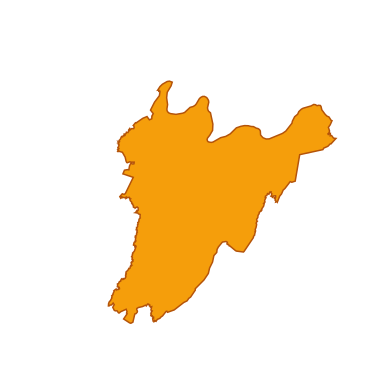 Nīkrāces pag., Skrundas, Latvia, rotated 304°
{"feature_id": "27541924B53930703162025", "entity_name": "Nīkrāces pag.", "entity_type": "district", "adm_level": 2, "iso_a3": "LVA", "parent_name": "Latvia", "parent_adm1": "Skrundas", "projection": "equal_earth", "projection_center": [21.891, 56.568], "detail": "fine", "context": "isolated", "style": "filled", "palette": "amber", "viewbox_px": 384, "rotation_deg": 304, "n_neighbors": 0, "source": "geoboundaries", "source_scale": "gbopen_adm2", "svg_char_len": 6043}
<svg xmlns="http://www.w3.org/2000/svg" viewBox="0 0 384 384"><g transform="rotate(304 192 192)"><path d="M52.9,185.2L50.8,186.4L51.2,187.0L52.4,187.3L53.4,188.5L55.8,188.7L55.1,190.5L52.1,190.8L50.4,193.8L50.7,195.1L51.6,196.2L50.7,198.7L51.0,199.3L52.8,199.8L58.0,203.0L56.4,205.1L55.0,205.4L54.8,206.3L48.5,206.3L48.6,213.4L49.0,214.7L51.0,215.8L58.9,212.8L59.9,213.6L61.7,213.8L62.7,213.4L63.5,212.0L64.5,211.4L66.2,212.1L69.4,215.1L72.1,216.7L72.0,217.8L74.9,217.8L74.1,218.2L74.8,218.8L74.5,219.4L74.7,219.9L74.0,220.0L73.7,220.5L74.0,221.3L73.4,221.9L74.4,222.7L71.3,223.9L70.9,224.7L71.1,225.5L69.4,225.4L68.9,226.0L67.9,226.0L67.7,226.7L66.5,227.0L66.5,227.9L67.1,228.3L66.8,229.1L66.3,229.3L66.6,230.2L65.8,230.2L65.7,230.6L65.0,230.2L63.2,232.0L63.6,232.7L64.5,232.9L64.3,233.2L64.7,233.6L64.2,233.6L64.7,233.9L64.7,234.5L67.0,234.5L69.3,236.0L71.1,236.2L72.8,236.9L78.5,237.3L79.1,237.8L78.6,239.0L84.3,243.2L95.9,247.0L99.0,248.8L102.0,248.8L104.1,249.6L112.5,249.6L113.6,248.8L125.7,251.1L133.6,251.1L138.8,249.1L145.4,248.2L151.5,245.7L155.7,246.3L158.4,244.9L161.1,244.6L167.5,245.2L170.0,247.9L170.1,249.4L168.5,250.0L168.4,251.0L168.9,251.5L168.2,252.9L168.5,253.0L167.7,261.0L167.9,262.0L171.0,268.2L171.8,268.4L188.4,268.4L189.7,267.8L191.5,268.0L191.8,267.6L194.9,266.6L194.8,266.3L195.5,266.2L196.4,265.3L198.2,265.0L200.9,263.9L201.6,263.4L201.7,262.9L202.7,262.4L204.2,262.5L204.1,262.1L205.6,260.8L207.5,260.9L209.6,259.8L211.5,259.8L212.9,259.1L214.8,260.0L215.4,259.9L215.4,259.6L216.1,259.9L216.1,259.5L217.0,259.3L220.3,259.3L223.2,258.2L223.0,257.9L224.6,258.1L225.1,257.3L226.2,256.8L228.6,256.5L228.4,255.8L229.7,255.2L230.8,256.0L232.9,255.5L233.1,257.0L235.5,256.5L236.3,257.4L235.5,257.9L235.2,259.1L233.7,259.8L232.7,259.8L233.1,260.9L232.5,261.7L232.9,262.0L234.1,261.6L235.6,263.4L234.5,264.3L233.4,263.6L232.7,263.9L233.0,264.8L231.5,265.7L231.4,266.9L230.5,267.1L231.6,268.0L231.4,268.4L237.6,267.0L240.5,267.3L244.5,266.5L246.9,267.1L255.5,267.6L255.9,269.3L258.7,271.5L283.2,260.4L300.3,276.8L302.1,276.7L305.9,279.1L309.3,279.7L309.6,280.3L316.9,281.4L315.8,279.2L316.9,276.1L315.9,275.1L318.0,273.9L317.6,273.4L315.9,272.8L316.2,272.2L317.9,272.5L319.5,271.9L321.9,268.9L324.9,269.0L329.4,268.2L329.2,267.3L330.8,263.6L330.4,261.3L330.9,258.8L332.7,253.7L335.0,251.2L335.5,250.1L334.7,248.5L333.5,247.4L333.4,245.5L332.7,244.0L330.0,242.6L323.5,237.2L321.7,236.3L318.4,235.6L315.6,236.1L311.8,235.0L306.9,235.6L304.9,236.4L294.9,235.7L291.1,234.2L279.2,226.3L277.4,223.8L276.7,220.6L276.9,219.5L277.6,217.0L280.8,214.5L281.5,213.0L281.5,211.2L280.9,209.7L280.6,206.4L279.4,204.4L278.4,201.6L276.4,198.4L273.7,195.7L270.0,192.9L261.6,191.2L257.0,188.9L253.1,185.4L245.2,181.5L244.0,180.4L243.3,179.1L242.7,177.4L242.9,176.4L244.0,175.1L245.5,174.7L248.9,175.0L254.6,174.6L260.0,171.3L268.0,163.0L268.2,160.7L269.0,159.2L270.4,157.8L275.8,155.7L277.2,154.4L278.3,152.1L278.5,151.0L278.2,148.8L277.1,147.3L275.0,146.2L273.2,145.9L267.4,146.3L265.7,146.1L263.6,145.2L261.1,143.1L253.8,141.4L252.1,140.2L247.4,135.3L245.0,130.4L244.6,128.5L244.9,126.9L245.7,125.6L246.9,124.7L250.8,122.9L255.9,118.3L260.8,115.7L268.3,115.3L272.0,114.2L271.3,111.3L269.7,109.6L264.8,107.2L261.5,106.5L257.2,106.6L257.8,107.3L256.9,108.1L257.7,108.7L257.3,109.3L253.6,111.1L245.6,110.7L236.7,111.8L235.3,116.1L233.9,116.1L233.1,116.5L232.6,116.2L230.2,117.7L228.0,116.3L229.4,112.5L225.6,110.0L217.9,107.0L217.8,106.4L214.3,106.1L214.3,106.8L213.1,108.0L211.9,108.2L210.8,106.5L208.3,105.8L208.6,105.3L209.6,105.2L209.8,104.9L207.9,104.8L207.0,105.5L205.5,105.7L204.9,104.2L203.5,104.6L202.5,104.1L202.2,103.4L201.7,103.8L201.7,104.7L201.3,104.8L200.9,104.6L200.6,103.6L199.0,103.7L198.7,103.4L198.9,102.8L198.3,102.6L195.5,103.1L193.9,102.7L193.2,103.8L192.2,103.6L192.2,103.0L191.9,103.5L191.2,103.2L191.3,103.8L190.3,104.4L190.6,104.8L190.0,105.3L188.6,105.7L187.5,105.6L186.8,106.3L187.9,107.0L186.7,106.8L186.3,106.2L186.5,107.0L185.7,106.8L185.8,107.3L185.6,107.6L184.1,107.5L184.0,107.8L185.1,109.2L186.0,112.1L183.5,117.1L180.7,120.1L180.0,121.3L180.0,121.9L182.4,123.7L182.4,124.4L184.4,127.4L182.9,128.1L182.1,127.3L181.6,125.4L181.0,125.3L178.7,125.6L175.1,127.2L174.4,125.9L172.3,123.8L168.4,124.6L171.3,135.1L153.5,137.6L152.1,137.1L151.5,135.2L147.8,134.7L147.1,136.1L148.5,135.9L148.8,136.8L147.7,136.9L149.4,138.5L149.7,139.7L150.9,140.2L149.8,140.9L151.5,141.7L152.5,143.0L152.0,143.5L152.1,144.0L151.7,144.1L151.9,144.9L151.2,144.7L150.3,145.6L149.9,147.6L149.0,148.2L149.1,148.8L148.6,149.3L148.7,149.7L148.3,149.8L148.0,151.1L146.8,151.7L146.7,152.4L147.3,153.6L146.9,153.9L148.9,154.8L148.8,156.2L146.9,157.6L145.5,157.4L145.8,156.7L144.5,156.6L144.1,157.1L143.2,156.6L144.0,158.2L144.5,158.0L144.0,158.4L144.3,158.8L143.9,159.9L144.4,161.6L141.9,163.1L141.6,163.6L139.8,163.3L137.4,164.6L136.4,164.1L135.1,165.3L134.5,165.1L133.0,166.2L131.9,166.3L131.6,165.9L131.0,166.5L129.9,166.6L129.4,167.1L129.9,167.6L129.2,168.4L128.0,168.6L127.9,169.2L126.7,169.2L125.6,170.0L124.4,169.8L123.8,170.1L123.6,169.7L122.9,170.1L123.1,170.7L122.3,170.7L122.1,171.2L119.9,172.2L120.2,172.4L120.1,172.8L119.1,172.9L119.1,172.5L117.9,172.2L115.3,173.1L115.3,173.5L115.8,174.3L114.8,175.1L115.9,175.5L115.7,176.0L110.7,177.3L108.1,176.9L107.9,177.4L106.5,177.6L106.2,178.0L104.5,178.1L104.5,179.1L102.6,179.9L102.4,180.3L103.0,180.4L102.9,180.9L101.3,181.8L100.5,181.5L100.3,181.0L99.4,181.0L98.2,182.4L96.6,182.4L96.9,183.0L95.7,182.6L94.1,183.2L93.5,183.0L93.4,182.4L90.9,182.6L89.2,182.0L87.9,182.5L87.8,183.0L86.8,183.0L86.6,183.6L85.4,183.7L84.7,184.7L84.0,184.5L83.2,184.9L81.5,184.1L81.9,183.6L81.6,183.2L81.1,183.4L80.3,183.0L80.5,182.2L78.5,182.3L78.1,182.7L76.9,181.9L75.0,182.3L74.1,181.6L72.9,182.6L71.8,183.0L72.1,183.6L71.7,184.3L72.2,184.1L72.2,185.1L71.2,186.0L69.9,185.4L69.2,184.3L68.9,184.3L69.3,183.7L68.9,183.2L66.7,182.5L66.7,182.8L63.1,183.5L62.7,183.9L61.2,183.5L61.1,183.9L59.6,184.4L59.4,184.8L56.4,185.1L54.8,184.8L52.9,185.2Z" fill="#f59e0b" stroke="#b45309" stroke-width="1.5"/></g></svg>